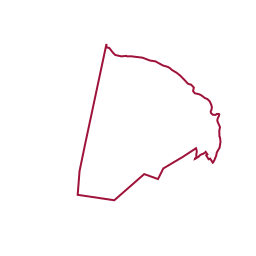 the district of Lae District, Morobe, Papua New Guinea, rotated 232°
{"feature_id": "67681753B22982473942373", "entity_name": "Lae District", "entity_type": "district", "adm_level": 2, "iso_a3": "PNG", "parent_name": "Papua New Guinea", "parent_adm1": "Morobe", "projection": "natural_earth1", "projection_center": [146.975, -6.676], "detail": "fine", "context": "isolated", "style": "outline", "palette": "rose", "viewbox_px": 256, "rotation_deg": 232, "n_neighbors": 0, "source": "geoboundaries", "source_scale": "gbopen_adm2", "svg_char_len": 1592}
<svg xmlns="http://www.w3.org/2000/svg" viewBox="0 0 256 256"><g transform="rotate(232 128 128)"><path d="M51.5,179.9L54.1,183.0L56.2,188.2L60.2,192.4L64.1,194.8L65.0,194.8L69.6,198.2L72.0,201.0L77.5,202.4L79.0,203.0L80.5,204.8L81.4,206.9L82.6,208.3L83.2,208.2L84.4,206.5L84.4,205.1L86.2,203.0L88.6,202.6L90.1,203.3L91.0,205.0L92.6,206.8L94.7,207.8L98.6,208.8L101.9,208.4L104.3,207.0L108.6,205.9L110.7,204.9L114.3,202.0L117.0,202.0L119.4,204.8L123.3,204.4L125.7,202.6L127.0,202.4L129.8,202.2L136.6,201.5L141.4,200.4L146.8,198.3L149.2,197.9L151.3,197.2L155.8,194.0L163.7,190.6L167.6,186.9L174.5,182.7L182.6,174.6L185.0,171.4L185.9,171.0L188.6,166.8L193.4,162.9L196.8,162.5L202.7,162.5L204.2,161.1L205.4,161.1L207.5,162.8L139.6,81.8L123.8,63.2L106.3,47.2L79.5,72.7L81.7,112.4L69.3,120.2L72.0,125.9L72.7,127.4L74.4,130.9L72.1,148.8L71.5,153.1L71.2,156.9L70.9,160.4L70.2,169.1L68.2,168.4L66.9,167.5L66.2,166.8L64.8,165.2L64.5,165.1L63.3,164.4L62.9,163.7L62.8,162.3L62.4,161.7L62.2,162.4L62.4,163.3L62.3,163.7L62.0,164.5L62.0,165.1L61.9,165.6L61.9,165.9L61.9,166.3L62.0,166.8L62.1,167.0L62.1,167.4L62.2,167.8L62.2,168.5L62.1,168.8L62.1,169.0L62.0,169.6L61.9,170.1L61.7,170.4L61.5,171.0L61.3,172.4L61.3,172.7L61.2,173.2L61.3,173.9L61.2,174.1L61.3,174.5L58.3,174.3L58.4,172.8L53.7,172.3L53.3,173.9L48.5,173.4L48.5,174.1L48.6,174.3L48.8,174.5L48.9,174.8L49.0,174.9L49.1,175.0L49.2,175.3L49.3,175.6L49.3,175.9L49.4,176.2L49.5,176.3L49.6,176.5L50.0,177.1L50.1,177.3L50.2,177.5L50.3,177.7L50.5,177.9L50.5,178.0L50.7,178.3L50.8,178.5L51.5,179.9Z" fill="none" stroke="#9f1239" stroke-width="2"/></g></svg>